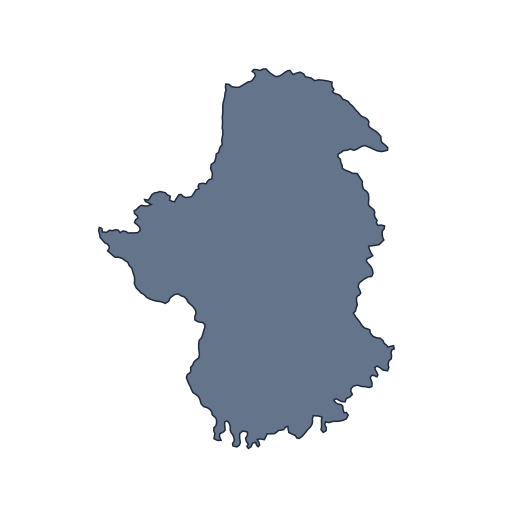 Jaboticatubas, Minas Gerais, Brazil, rotated 286°
{"feature_id": "56859067B91288962070993", "entity_name": "Jaboticatubas", "entity_type": "district", "adm_level": 2, "iso_a3": "BRA", "parent_name": "Brazil", "parent_adm1": "Minas Gerais", "projection": "mercator", "projection_center": [-43.732, -19.423], "detail": "fine", "context": "isolated", "style": "filled", "palette": "slate", "viewbox_px": 512, "rotation_deg": 286, "n_neighbors": 0, "source": "geoboundaries", "source_scale": "gbopen_adm2", "svg_char_len": 6032}
<svg xmlns="http://www.w3.org/2000/svg" viewBox="0 0 512 512"><g transform="rotate(286 256 256)"><path d="M76.2,263.7L74.1,265.4L71.2,265.7L68.8,265.9L68.1,270.0L69.2,273.2L72.4,270.6L75.3,270.2L77.8,273.1L79.9,274.3L82.3,273.6L85.3,272.3L87.9,271.7L89.6,273.9L87.8,276.3L85.1,278.3L81.4,279.2L79.3,280.8L77.8,282.9L74.7,285.3L71.8,286.1L69.5,285.1L67.1,286.2L67.2,290.3L69.7,292.1L72.4,292.4L76.4,290.5L80.7,289.3L84.2,291.4L84.4,296.3L81.3,297.2L78.1,296.2L75.3,297.7L72.9,300.5L70.4,299.7L68.9,301.8L71.3,303.8L75.2,304.3L76.8,307.1L74.4,308.5L73.2,310.6L75.3,311.6L77.7,310.2L80.0,307.7L81.4,310.8L81.7,314.6L85.1,315.3L88.1,315.8L89.2,319.5L90.5,323.0L92.8,324.7L94.6,325.9L95.6,328.4L96.7,330.5L99.4,331.4L101.0,333.5L98.5,334.6L95.4,336.2L94.7,339.8L94.3,343.2L92.3,345.4L92.5,347.8L95.2,350.0L98.0,351.3L100.3,352.4L103.5,353.6L106.8,355.5L109.9,356.2L112.3,356.0L115.1,355.1L118.2,355.0L119.3,359.5L119.5,363.6L115.6,364.3L112.5,365.3L109.9,366.1L107.0,366.3L104.9,369.3L107.4,371.5L110.2,371.0L112.5,368.7L115.5,368.5L116.0,372.1L118.5,376.2L119.9,381.0L122.0,385.0L124.4,387.7L128.5,388.5L130.5,386.0L129.6,383.8L133.0,381.7L135.6,380.8L136.7,378.5L136.3,375.9L136.7,373.5L138.9,370.4L140.9,372.3L139.7,378.3L140.3,381.8L143.9,382.1L146.4,385.1L149.5,386.8L152.0,384.5L154.7,383.9L157.7,385.4L159.8,389.0L159.7,393.6L160.5,397.2L160.8,401.1L162.4,403.3L165.0,402.9L167.1,401.9L168.9,400.4L171.0,399.3L173.4,400.3L173.6,403.1L173.2,405.5L175.4,405.9L177.3,404.3L179.0,402.5L181.4,400.9L183.5,402.5L182.9,405.9L181.3,409.6L181.9,414.1L185.4,414.4L188.1,412.9L191.7,412.6L194.5,414.4L197.6,413.8L200.0,412.5L203.1,412.4L204.7,414.4L207.7,412.9L206.2,410.1L204.8,408.1L206.4,405.7L207.4,403.3L209.6,401.5L211.2,398.0L210.6,394.4L211.0,390.7L213.5,387.1L216.5,385.7L216.7,382.9L216.7,380.2L218.2,377.3L220.5,374.7L223.0,371.5L225.0,368.5L228.1,365.3L230.5,366.8L233.7,366.6L237.0,366.9L240.1,365.2L242.7,364.3L245.3,364.3L246.9,366.1L249.3,366.9L251.9,365.0L254.5,362.7L258.2,362.5L261.0,364.4L263.4,366.1L265.0,367.8L266.9,369.5L268.2,372.8L271.5,373.3L274.3,372.0L276.8,370.2L278.3,368.2L279.9,365.6L281.7,363.3L284.1,363.6L286.1,366.1L288.4,368.2L290.6,365.7L293.8,363.1L296.5,361.5L297.7,364.5L299.1,367.6L300.9,371.2L304.0,373.0L306.6,374.5L308.6,372.7L312.0,371.2L314.9,370.6L317.5,371.7L320.4,371.3L320.3,368.1L319.1,364.7L321.0,362.5L323.6,362.6L325.7,360.0L328.1,358.4L330.5,358.2L332.6,356.9L333.8,354.6L334.8,352.2L336.0,350.1L338.8,349.3L342.0,348.7L344.2,347.9L346.4,347.0L348.5,344.7L349.7,341.3L351.5,339.7L353.8,338.6L357.0,337.7L359.3,335.0L361.0,333.0L363.2,330.7L362.1,325.9L362.8,322.4L363.1,318.4L363.9,315.0L366.9,313.8L369.5,311.6L372.2,310.5L373.9,307.3L376.7,306.9L378.7,309.0L381.4,311.0L382.6,314.1L384.8,317.4L384.6,320.9L386.4,323.5L389.1,325.9L390.7,327.7L392.2,330.1L392.0,332.6L391.7,335.2L391.1,338.7L390.5,343.3L390.9,347.6L392.0,350.0L393.9,353.2L396.5,352.8L397.8,350.5L398.8,348.3L400.0,345.4L402.2,344.1L405.2,343.1L407.7,339.5L409.0,336.5L410.0,332.8L411.2,329.4L413.0,327.9L416.2,327.5L418.0,325.5L419.0,322.8L419.1,320.2L420.0,317.7L422.2,314.6L424.1,311.2L425.5,309.4L427.0,307.1L428.0,304.5L429.9,302.0L430.5,299.3L430.5,296.3L432.5,294.1L433.7,292.0L433.9,288.9L434.0,286.3L435.0,284.1L437.5,285.0L439.4,282.7L441.7,281.6L444.1,281.2L444.0,277.0L443.5,272.5L442.7,267.9L440.7,263.9L442.3,260.1L442.1,256.6L441.9,254.1L444.2,251.6L444.9,247.7L442.7,244.1L440.7,241.6L442.3,239.2L443.8,237.4L442.6,235.2L440.8,233.4L438.4,231.6L435.7,229.2L433.8,225.6L434.7,222.3L435.7,219.3L437.1,216.7L438.6,214.1L437.6,211.1L435.5,208.9L435.3,205.7L434.8,202.6L432.5,201.3L431.4,204.1L429.2,205.8L426.7,205.0L424.6,204.3L422.5,203.1L421.2,200.4L418.9,198.3L416.3,195.9L413.5,193.2L412.5,189.6L412.1,186.0L413.5,182.8L413.0,179.6L409.8,180.1L407.0,181.5L404.6,181.3L401.1,181.9L397.4,182.2L394.2,182.2L390.6,182.8L386.7,184.0L383.1,184.8L379.8,185.4L376.4,186.7L372.8,187.6L369.8,188.2L367.2,189.6L363.4,190.6L360.5,190.9L357.5,191.2L353.9,192.8L351.0,191.6L348.2,191.4L345.2,191.5L343.1,189.6L339.4,190.3L335.1,190.3L331.5,187.7L327.4,188.3L324.9,190.4L322.8,191.5L320.4,191.9L317.9,192.2L316.7,190.1L314.6,188.8L311.7,188.1L311.2,184.7L309.7,181.5L306.9,181.1L304.9,182.6L303.2,180.1L299.0,178.9L295.2,177.7L293.8,174.6L292.8,172.3L293.2,169.3L294.5,167.3L293.8,165.0L291.5,164.4L289.2,163.5L285.6,162.7L285.5,160.1L285.9,157.5L289.8,157.2L290.4,153.9L291.8,151.4L291.7,148.6L291.5,145.8L289.9,143.6L288.8,141.2L286.2,139.0L282.7,138.0L280.1,137.2L279.6,133.3L277.8,134.8L277.4,137.8L276.8,141.1L274.0,137.6L273.4,134.5L273.1,131.8L270.6,129.7L267.7,128.2L265.9,126.4L263.3,127.6L261.9,130.8L259.8,132.0L257.8,130.3L254.6,130.0L253.2,133.5L251.5,136.3L248.9,137.6L245.8,135.8L244.6,132.5L243.7,129.1L242.8,126.7L243.7,124.4L243.4,121.3L241.0,118.9L242.9,116.4L242.4,113.4L240.8,111.2L240.3,108.0L237.5,105.8L236.8,101.7L240.0,100.3L240.3,97.6L237.4,97.6L233.5,99.8L230.7,101.2L228.3,105.0L226.9,107.2L226.6,109.7L225.1,111.9L223.0,112.9L220.0,111.9L218.3,115.7L216.8,118.7L216.0,121.0L216.9,124.5L216.8,128.0L215.6,131.2L214.6,134.6L212.0,136.6L210.0,140.0L206.2,142.3L202.7,144.8L199.4,146.0L195.8,146.7L192.2,149.8L190.3,153.3L188.8,155.6L188.4,158.0L187.4,160.2L186.1,162.4L185.4,165.6L185.2,169.0L185.1,172.3L185.6,175.4L185.9,178.2L185.4,181.9L188.6,184.6L191.7,184.9L194.0,186.4L196.7,188.6L198.1,191.6L197.1,195.0L196.9,198.5L195.2,201.4L193.3,202.9L191.9,205.3L190.2,208.9L187.6,212.5L184.6,214.1L181.0,213.9L177.6,214.9L176.8,218.7L177.3,223.4L175.7,226.0L172.6,226.5L170.3,226.3L167.2,226.4L162.8,226.3L159.1,224.6L155.5,225.2L151.5,226.3L148.1,227.8L145.0,229.0L142.0,228.9L140.0,227.3L137.3,225.6L133.3,225.1L131.0,223.8L128.4,224.8L125.8,225.0L123.3,222.7L120.0,222.6L117.6,224.3L115.0,226.3L112.3,228.9L109.5,231.0L107.3,233.1L106.5,235.8L105.5,238.6L103.3,241.2L101.0,242.6L98.7,244.1L96.8,247.3L96.8,251.0L95.7,254.3L94.0,256.4L91.3,257.7L90.2,260.1L89.1,262.2L86.6,263.6L84.2,264.2L81.6,264.2L79.1,262.8L76.2,263.7Z" fill="#64748b" stroke="#1e293b" stroke-width="1.5"/></g></svg>